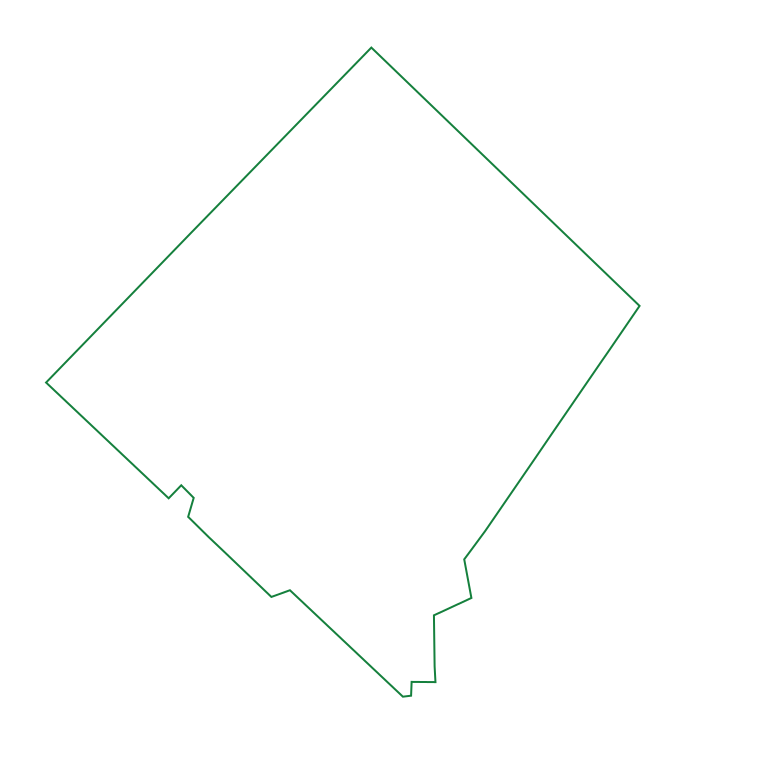 outline of Chambers, Alabama, United States of America, rotated 44°
{"feature_id": "52423323B15727406815643", "entity_name": "Chambers", "entity_type": "district", "adm_level": 2, "iso_a3": "USA", "parent_name": "United States of America", "parent_adm1": "Alabama", "projection": "orthographic", "projection_center": [-85.292, 32.918], "detail": "fine", "context": "isolated", "style": "outline", "palette": "green", "viewbox_px": 768, "rotation_deg": 44, "n_neighbors": 0, "source": "geoboundaries", "source_scale": "gbopen_adm2", "svg_char_len": 489}
<svg xmlns="http://www.w3.org/2000/svg" viewBox="0 0 768 768"><g transform="rotate(44 384 384)"><path d="M141.2,150.8L140.2,409.7L139.9,617.7L308.5,615.8L308.5,597.7L326.2,598.1L335.4,615.6L363.9,615.9L385.3,615.7L450.9,615.4L459.6,597.7L614.8,595.8L620.0,589.4L610.8,579.1L628.1,562.7L616.6,552.0L580.6,515.7L595.5,477.2L563.5,454.4L562.1,443.4L558.9,419.4L544.6,334.2L539.6,305.0L524.5,215.1L523.1,206.4L513.6,150.3L141.2,150.8Z" fill="none" stroke="#15803d" stroke-width="2"/></g></svg>